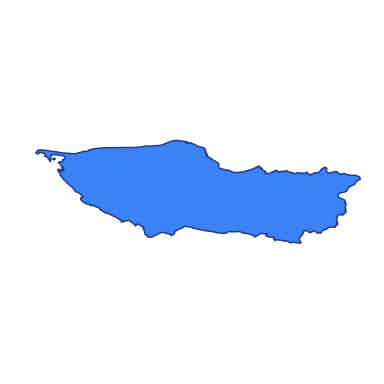 Pinrang, Sulawesi Selatan, Indonesia (Equal Earth projection), rotated 103°
{"feature_id": "22746128B71783882222616", "entity_name": "Pinrang", "entity_type": "district", "adm_level": 2, "iso_a3": "IDN", "parent_name": "Indonesia", "parent_adm1": "Sulawesi Selatan", "projection": "equal_earth", "projection_center": [119.581, -3.649], "detail": "fine", "context": "isolated", "style": "filled", "palette": "blue", "viewbox_px": 384, "rotation_deg": 103, "n_neighbors": 0, "source": "geoboundaries", "source_scale": "gbopen_adm2", "svg_char_len": 6019}
<svg xmlns="http://www.w3.org/2000/svg" viewBox="0 0 384 384"><g transform="rotate(103 192 192)"><path d="M217.0,74.4L215.9,75.5L213.8,76.9L212.9,76.7L212.2,76.9L211.1,76.0L208.3,75.0L207.7,74.3L207.1,74.2L205.3,74.6L204.8,74.3L204.3,73.1L204.1,70.7L204.2,70.0L205.1,68.7L205.0,67.7L204.5,66.8L203.6,66.1L202.4,64.3L202.6,62.7L203.8,61.1L203.0,57.2L200.5,56.4L199.7,55.5L198.0,52.7L196.0,51.1L195.0,49.3L194.2,44.7L192.7,44.2L192.3,44.4L191.9,44.0L191.3,43.9L191.3,43.1L190.9,42.7L190.5,42.7L189.1,43.9L188.7,43.4L188.3,43.6L187.7,44.4L186.9,44.8L185.9,45.1L185.3,44.6L184.4,45.2L183.8,45.1L181.3,44.1L180.6,42.1L180.7,41.1L180.2,41.0L180.3,40.2L179.9,40.5L179.7,40.1L179.1,39.7L179.0,39.0L178.5,39.2L177.8,38.0L177.2,37.5L176.7,37.9L176.2,37.7L175.6,38.7L174.7,38.0L174.0,38.8L172.8,38.9L171.9,39.6L169.9,39.1L169.3,39.8L168.2,39.5L167.6,41.0L166.9,40.6L165.3,42.2L165.4,42.7L164.9,44.0L164.6,46.7L163.7,48.7L161.1,48.9L159.8,47.7L157.2,42.5L156.4,41.6L154.8,41.4L151.0,39.4L148.1,35.3L146.4,34.8L143.7,33.4L142.3,31.4L141.5,31.0L140.7,31.4L139.3,32.7L139.4,34.3L138.9,36.7L140.0,40.5L140.0,43.1L140.3,44.5L139.7,47.7L141.2,51.1L140.6,54.4L140.0,55.0L140.0,55.6L139.6,55.5L139.5,56.4L139.9,57.2L140.5,57.7L140.8,58.9L141.3,59.2L141.4,60.4L142.4,61.6L142.8,62.9L142.7,63.8L142.1,65.2L140.0,66.2L138.6,65.9L138.1,67.9L138.5,69.0L139.4,69.5L140.7,71.0L144.4,72.6L145.8,76.8L147.8,79.4L148.2,79.5L148.4,80.8L148.9,81.4L148.9,81.9L148.2,82.5L148.0,83.3L147.1,83.9L147.0,84.4L147.2,85.3L148.9,86.5L149.0,87.8L148.7,88.2L148.6,89.1L149.3,89.5L149.4,89.9L149.4,93.2L150.0,94.5L151.3,96.0L151.5,97.2L150.7,97.6L150.5,98.4L150.6,99.4L150.4,100.3L150.4,100.8L151.0,101.5L151.0,103.0L150.3,103.4L150.0,104.2L150.7,106.4L151.1,106.9L151.6,107.0L151.4,108.0L151.9,109.2L152.0,110.4L152.9,111.2L152.7,113.6L151.9,113.8L151.8,114.1L152.4,114.8L152.4,115.9L153.6,116.5L154.3,117.2L154.1,118.3L155.2,118.7L156.2,120.5L157.1,121.1L157.0,123.0L156.5,123.9L157.2,124.8L156.0,124.8L155.5,125.2L154.8,126.7L154.5,128.9L154.2,129.1L153.6,128.8L153.0,129.2L153.6,130.2L153.4,130.8L152.8,131.0L153.0,131.9L152.7,132.1L151.9,131.9L151.6,132.6L154.1,135.6L156.5,138.8L158.3,141.9L159.4,144.5L160.8,146.3L162.8,151.8L163.5,156.1L163.4,157.5L162.7,160.0L162.8,161.5L162.6,161.6L163.1,164.6L162.9,165.3L162.7,170.3L162.5,171.0L161.0,171.9L159.2,172.0L158.6,172.3L157.9,173.2L157.1,175.4L156.1,179.0L155.5,179.8L154.9,182.1L154.3,183.3L153.9,184.9L153.4,185.0L153.7,185.5L152.6,185.4L152.6,186.2L151.9,185.9L151.3,186.9L150.3,186.9L150.0,187.3L150.0,187.8L149.3,188.2L149.0,188.0L148.6,188.9L148.2,188.6L147.8,189.5L146.7,189.2L146.3,192.1L146.3,196.1L145.0,200.7L144.8,202.9L144.3,204.1L144.4,205.0L144.9,205.6L145.6,207.6L145.3,209.6L145.0,209.6L144.8,207.9L144.3,207.8L144.5,208.7L144.3,209.8L144.3,211.3L145.2,216.7L145.0,218.6L147.3,223.7L152.5,231.3L153.6,233.1L156.6,242.7L157.8,247.8L160.2,253.6L161.4,257.4L168.1,285.5L170.7,293.8L172.5,298.5L172.8,298.6L174.2,301.8L174.6,301.7L176.0,303.7L177.2,307.5L178.3,309.1L180.1,312.9L180.9,313.9L181.3,315.5L183.2,328.2L183.5,335.8L183.8,337.7L184.3,339.3L184.0,341.7L185.0,348.8L185.7,351.3L187.4,352.0L188.5,353.0L188.9,352.9L189.5,352.3L189.4,350.6L189.0,349.9L188.0,349.7L187.6,348.9L187.6,345.3L187.8,344.4L189.6,342.9L190.5,343.2L190.2,341.8L190.5,340.8L191.2,340.2L191.7,339.4L192.2,339.3L192.2,339.0L192.9,338.4L193.2,337.8L193.6,337.7L194.0,337.0L191.7,336.7L191.5,337.3L190.6,337.6L188.8,337.4L187.9,337.6L187.7,337.2L187.1,336.4L186.4,333.4L185.9,329.9L186.0,327.0L185.6,326.5L185.8,324.7L187.2,323.5L188.8,324.1L189.8,325.3L190.3,325.4L190.9,324.8L191.3,324.8L192.2,326.1L192.5,328.1L193.4,328.7L194.3,326.9L196.6,324.8L196.8,324.3L196.4,324.0L196.6,323.4L197.3,324.2L197.6,324.1L197.8,323.6L197.6,323.0L197.9,322.7L197.8,322.2L198.1,323.1L198.3,323.2L198.3,321.8L198.6,322.6L198.9,322.0L199.3,322.3L199.8,321.7L200.4,322.1L200.5,323.2L199.6,322.5L199.0,323.5L199.7,323.7L199.6,324.3L200.1,324.6L200.8,324.5L199.9,324.8L199.8,325.2L201.1,325.4L200.9,325.9L200.2,325.9L200.4,326.6L199.8,327.0L200.5,328.1L200.4,327.5L200.6,327.2L201.2,326.9L201.9,327.1L203.4,324.6L204.4,324.6L205.2,324.2L205.9,323.1L207.0,322.2L207.2,321.4L209.1,319.4L209.5,318.2L211.6,315.2L214.5,309.4L217.8,305.5L218.0,304.5L217.9,302.9L221.0,297.1L221.5,297.3L222.8,299.0L223.8,298.9L225.2,297.7L225.8,296.6L227.0,292.8L227.4,292.5L227.0,289.8L227.3,288.6L228.0,288.3L228.1,287.7L227.7,287.0L227.6,285.9L227.2,285.8L227.0,285.2L227.8,283.3L227.6,282.8L228.2,281.4L228.3,279.3L228.7,278.2L229.0,278.3L230.2,277.0L230.2,275.3L230.9,274.7L231.2,273.5L231.0,272.7L232.1,271.4L231.5,269.2L232.7,265.3L233.6,260.8L236.1,253.4L237.0,254.0L236.9,253.2L233.9,247.6L234.5,245.3L235.2,244.2L235.2,243.5L235.5,242.7L236.5,241.3L236.6,240.4L237.7,239.5L235.1,237.5L235.5,237.0L235.4,236.3L236.4,234.8L236.4,233.8L237.1,232.7L237.0,231.3L238.8,231.2L239.5,230.8L239.7,229.9L241.6,229.4L242.4,228.7L243.6,228.4L244.9,225.6L245.9,224.9L244.9,220.7L243.8,220.2L242.2,217.4L241.3,216.7L238.9,213.4L237.9,212.6L238.0,203.3L239.0,202.7L238.6,202.3L238.3,201.3L236.9,200.0L236.0,199.7L235.3,199.9L234.4,199.8L232.0,197.4L230.7,195.8L229.8,194.0L226.8,191.0L226.8,186.9L226.2,185.4L226.9,183.1L226.7,169.3L226.2,167.5L226.3,166.6L225.9,162.0L226.1,158.2L225.7,157.4L225.6,154.3L224.8,150.2L222.3,147.2L221.8,146.0L222.0,144.5L220.7,140.2L219.8,136.3L220.5,132.8L220.4,131.2L220.0,129.4L220.0,125.9L219.8,125.6L220.2,125.4L220.5,124.5L220.0,123.5L220.7,122.4L220.6,121.7L221.5,121.2L221.7,120.6L221.2,119.8L220.4,119.5L218.2,116.8L216.9,115.7L216.6,114.5L216.5,112.1L215.6,109.4L215.9,109.3L216.9,109.6L217.5,110.3L218.0,110.3L218.5,107.8L218.0,102.6L218.3,101.8L219.6,101.6L220.6,100.4L220.2,100.2L219.6,100.4L219.4,99.7L219.6,97.5L219.0,96.0L218.9,93.8L219.1,92.1L218.4,88.5L219.0,85.5L219.5,84.3L218.1,82.4L217.9,81.5L218.1,79.8L217.8,79.2L217.8,78.1L217.9,76.6L217.0,74.4ZM191.8,334.4L190.9,332.9L190.5,332.8L190.1,333.3L190.2,334.4L190.7,334.8L191.6,334.8L191.8,334.4Z" fill="#3b82f6" stroke="#1e3a8a" stroke-width="1.5"/></g></svg>